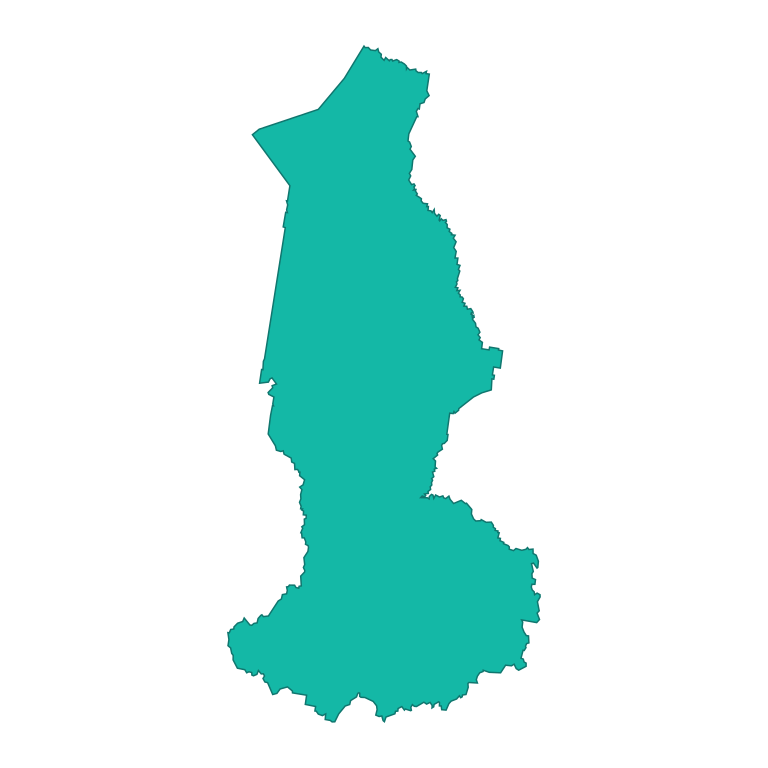 the district of Gwydir, New South Wales, Australia
{"feature_id": "25037944B33520850609711", "entity_name": "Gwydir", "entity_type": "district", "adm_level": 2, "iso_a3": "AUS", "parent_name": "Australia", "parent_adm1": "New South Wales", "projection": "natural_earth1", "projection_center": [150.613, -29.498], "detail": "fine", "context": "isolated", "style": "filled", "palette": "teal", "viewbox_px": 768, "rotation_deg": 0, "n_neighbors": 0, "source": "geoboundaries", "source_scale": "gbopen_adm2", "svg_char_len": 6095}
<svg xmlns="http://www.w3.org/2000/svg" viewBox="0 0 768 768"><path d="M364.0,46.1L344.3,78.4L318.3,109.4L259.2,129.2L252.4,134.7L289.9,185.7L287.5,201.0L286.5,200.8L287.7,204.9L286.6,209.9L287.4,212.6L285.7,212.3L283.2,226.9L285.3,227.6L264.5,358.9L263.4,361.2L262.9,369.7L261.6,369.5L259.6,383.2L268.4,382.1L270.0,378.9L272.0,377.9L276.5,384.0L272.1,385.7L272.7,387.8L268.1,392.5L268.8,394.4L273.9,397.0L272.8,403.9L273.5,405.8L272.5,405.6L270.6,415.2L268.2,434.0L275.4,445.8L276.4,450.2L280.8,451.5L283.2,450.8L284.1,454.2L291.2,458.1L291.7,462.0L294.5,463.4L294.9,469.6L297.3,469.4L298.3,470.4L298.9,472.3L299.9,472.2L299.6,475.7L304.6,479.7L303.1,484.8L299.7,487.1L301.9,489.6L300.6,494.6L300.9,498.9L299.5,502.3L301.1,506.2L300.6,508.8L302.5,509.0L301.8,510.0L303.6,511.1L303.3,514.8L306.3,515.2L306.1,518.3L304.3,519.1L304.5,524.7L301.8,526.8L302.7,528.2L300.8,532.8L301.6,533.1L302.1,537.8L304.3,537.9L305.8,541.9L305.5,544.3L308.1,545.6L308.5,547.3L307.9,551.5L303.9,557.6L304.7,564.6L303.4,567.5L304.8,570.5L304.6,572.0L300.7,576.1L301.3,585.9L299.1,586.3L298.7,588.2L295.9,587.5L294.6,585.2L289.4,585.1L288.4,586.6L286.6,586.9L287.3,590.4L286.6,593.8L282.4,594.6L281.4,599.0L278.2,601.0L268.4,616.0L263.4,616.6L261.9,614.8L260.8,615.4L258.1,618.5L257.1,622.9L254.0,623.4L251.7,625.3L249.9,625.0L244.2,618.0L242.7,621.5L237.6,623.2L234.0,626.9L233.8,629.0L230.7,629.5L229.3,632.8L227.9,632.6L228.9,639.6L228.0,645.7L230.6,647.9L231.7,653.3L233.2,655.4L233.1,659.9L237.4,668.2L244.8,669.7L246.7,672.8L248.9,671.8L251.7,672.5L251.9,675.1L253.5,675.8L256.9,674.4L258.4,670.5L261.2,673.9L263.4,673.8L264.5,676.0L263.0,678.5L264.9,682.0L267.6,682.6L272.7,694.5L276.9,693.4L280.1,689.0L287.5,686.9L292.4,691.0L292.5,692.9L306.6,695.2L305.3,704.4L315.6,706.5L314.9,711.0L316.3,711.2L318.3,714.1L322.4,715.6L325.7,713.9L325.2,719.5L330.2,720.4L332.1,721.9L334.8,721.8L338.7,713.9L345.2,706.0L349.7,704.5L350.6,700.6L356.5,696.9L357.8,693.4L358.9,692.8L359.7,693.2L359.7,696.4L361.0,697.3L364.9,697.5L373.2,701.4L376.6,705.8L377.1,709.7L375.8,715.1L379.1,716.5L381.8,716.0L383.1,720.6L384.4,721.7L386.0,717.0L394.9,713.8L395.5,711.3L397.8,711.1L398.1,708.5L401.8,706.6L404.4,710.1L405.3,709.0L410.7,710.7L411.4,710.3L410.8,707.4L412.4,704.6L414.3,706.3L416.5,706.5L423.9,702.2L426.6,704.1L430.1,702.4L432.2,705.6L432.0,707.9L433.7,706.8L434.1,704.4L438.7,701.8L439.5,702.5L439.4,705.9L441.2,706.0L441.7,709.7L446.1,710.1L448.9,703.6L451.2,701.1L456.6,699.0L459.4,695.8L460.7,697.7L462.2,696.8L462.5,695.0L466.0,694.5L468.2,687.3L467.9,683.5L468.9,682.5L477.4,683.0L476.3,679.7L477.4,676.2L479.7,672.8L483.1,671.5L483.2,670.2L489.2,672.3L500.6,672.8L505.6,665.2L511.5,665.8L514.1,664.2L516.2,668.6L518.7,670.2L526.1,666.3L526.1,663.1L524.1,662.0L523.3,659.1L521.0,658.2L523.1,650.2L524.2,650.5L526.0,647.6L525.5,646.2L526.6,643.6L528.9,642.9L528.5,635.9L526.3,635.6L524.0,632.0L522.1,627.2L522.7,622.1L521.6,619.9L536.7,622.6L539.5,619.5L537.1,613.1L539.2,610.8L537.4,601.7L540.1,597.0L540.0,594.7L537.1,593.1L534.6,594.7L534.2,591.9L532.2,589.9L531.3,587.0L531.9,584.3L534.9,584.3L535.5,579.6L532.2,578.1L531.9,573.6L533.3,571.5L531.5,563.6L533.5,563.1L537.0,568.1L537.8,567.5L538.4,561.3L536.2,555.2L533.1,553.5L533.0,549.1L528.9,549.5L527.5,547.6L525.9,549.3L521.8,550.3L516.0,548.5L513.5,550.6L509.2,549.2L509.3,546.9L508.0,545.5L503.5,543.7L503.8,542.4L500.0,540.7L500.4,538.4L497.8,537.9L499.2,532.8L497.8,532.5L498.0,531.0L495.1,530.4L495.4,528.6L493.3,527.3L493.4,525.4L491.3,522.1L486.1,522.3L481.2,519.6L480.7,520.7L475.8,521.0L473.6,518.9L471.4,514.0L471.8,509.5L466.5,503.2L465.4,503.6L461.3,500.3L453.6,503.5L450.1,499.4L448.9,496.1L445.7,498.6L443.7,497.8L442.9,495.9L439.5,497.0L435.6,495.0L433.8,498.4L433.0,495.1L431.5,494.4L429.4,496.4L429.1,498.9L427.4,497.8L420.7,497.6L422.2,496.0L424.6,496.9L425.7,495.5L424.5,494.0L428.3,493.4L428.0,491.5L430.6,489.5L430.2,486.8L431.8,485.0L431.5,482.6L432.6,480.2L431.6,478.6L433.8,476.7L432.5,472.1L434.8,471.2L434.3,469.1L436.6,468.3L435.1,467.1L435.5,461.0L433.2,458.7L437.6,455.0L437.0,453.4L438.1,452.0L442.4,449.2L441.6,445.5L442.5,443.7L444.3,443.4L447.2,440.4L448.0,434.5L446.8,434.3L449.7,413.2L453.2,413.6L454.0,411.6L455.0,413.2L458.6,410.3L458.8,408.6L473.5,397.0L481.9,392.8L491.3,389.9L491.9,378.9L493.8,379.2L494.4,375.3L492.4,374.9L493.6,367.0L500.3,368.1L502.6,350.9L498.5,350.0L498.7,348.6L489.6,347.1L489.1,349.9L481.6,348.7L482.4,342.4L479.0,339.9L480.2,337.6L478.0,334.8L479.9,332.2L478.1,328.2L476.0,326.9L475.5,323.3L472.5,319.3L473.1,318.0L471.8,317.8L474.1,317.3L473.8,315.3L472.2,316.0L472.1,314.6L471.0,314.2L471.4,312.8L473.1,313.0L472.8,311.7L470.8,308.6L467.4,309.2L466.8,306.3L463.9,306.1L465.0,303.3L462.2,302.3L463.4,298.7L462.2,297.1L460.1,296.8L460.2,294.9L458.4,293.2L460.0,290.3L456.8,290.6L457.9,287.8L455.3,287.3L457.0,284.0L456.4,281.8L457.8,280.6L457.4,278.6L459.8,271.0L458.4,269.5L460.0,265.4L457.0,264.4L457.9,258.1L455.0,258.0L456.2,251.4L453.7,247.6L456.1,241.8L453.3,238.2L455.1,235.2L451.4,234.7L451.8,233.4L449.2,231.5L449.9,229.2L447.1,227.8L447.2,224.5L445.4,222.5L446.5,221.2L446.0,219.6L442.9,220.4L441.3,218.8L439.7,220.9L439.1,220.1L440.2,215.5L438.7,214.3L436.9,216.2L434.5,213.3L434.2,209.5L432.2,212.6L431.0,210.9L428.0,210.4L428.4,206.5L426.7,206.6L427.5,203.8L423.2,203.3L421.2,200.9L421.4,198.7L416.3,195.3L417.3,193.9L415.4,191.0L415.9,189.6L413.6,190.0L414.6,188.6L413.9,186.9L415.1,185.7L414.0,183.9L411.6,184.6L408.7,180.0L410.7,175.9L409.3,173.4L411.8,169.5L412.8,160.0L415.3,156.3L410.0,149.2L411.3,146.5L409.6,142.1L408.0,141.0L408.8,133.9L416.7,116.8L418.0,116.7L416.3,111.3L418.0,108.5L419.3,109.0L420.0,103.8L424.0,102.5L425.2,99.0L429.1,95.6L426.8,90.8L429.3,74.1L426.0,73.6L426.5,71.3L422.2,73.6L421.4,72.5L418.1,72.5L416.0,70.8L415.7,69.1L409.8,70.0L407.2,67.5L406.5,68.8L406.4,66.0L404.4,64.0L401.2,62.0L399.0,62.4L399.1,61.1L396.7,59.6L392.7,61.0L391.9,59.5L390.2,59.6L389.3,60.8L385.7,57.5L384.1,60.3L381.0,57.2L381.3,54.3L378.7,51.9L377.9,48.7L375.4,50.6L370.6,50.0L368.3,47.5L365.1,47.6L364.0,46.1Z" fill="#14b8a6" stroke="#0f766e" stroke-width="1.5"/></svg>